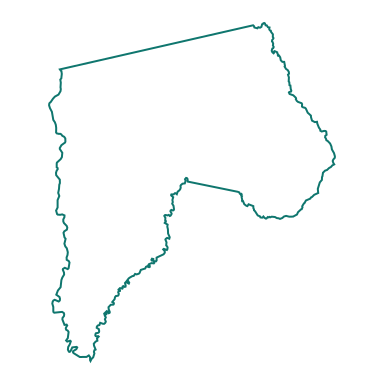 the district of Formoso do Araguaia, Tocantins, Brazil
{"feature_id": "56859067B90509409067575", "entity_name": "Formoso do Araguaia", "entity_type": "district", "adm_level": 2, "iso_a3": "BRA", "parent_name": "Brazil", "parent_adm1": "Tocantins", "projection": "natural_earth1", "projection_center": [-50.052, -12.12], "detail": "fine", "context": "isolated", "style": "outline", "palette": "teal", "viewbox_px": 384, "rotation_deg": 0, "n_neighbors": 0, "source": "geoboundaries", "source_scale": "gbopen_adm2", "svg_char_len": 5874}
<svg xmlns="http://www.w3.org/2000/svg" viewBox="0 0 384 384"><path d="M307.7,112.7L305.8,108.5L304.8,107.7L303.2,107.4L302.0,106.6L302.1,104.1L301.6,103.2L298.0,101.9L296.8,100.9L295.8,99.2L296.1,98.5L295.8,97.7L293.3,95.3L289.6,94.0L288.9,92.5L289.3,92.0L291.1,91.5L291.3,90.6L290.7,88.8L290.4,85.5L289.5,85.2L289.3,82.2L288.7,81.5L288.9,77.3L288.0,74.7L289.0,73.7L288.8,71.9L287.8,70.2L286.0,68.9L284.6,66.6L285.0,66.0L284.2,61.9L282.4,61.9L280.8,60.3L280.2,57.3L279.3,55.9L278.2,55.9L277.9,55.3L278.3,54.7L277.4,53.6L277.2,52.3L274.6,51.1L274.1,51.4L274.0,52.8L273.6,53.3L272.4,52.3L271.7,50.8L272.1,49.1L272.5,48.4L273.2,48.2L273.7,47.0L272.9,45.4L273.2,43.8L272.6,42.0L272.0,41.5L272.1,40.2L273.4,38.5L273.3,37.6L272.8,37.0L272.9,34.3L271.1,32.0L270.8,30.7L270.0,30.5L269.5,29.8L269.2,29.1L269.5,27.5L267.9,27.2L266.7,25.3L265.6,25.3L264.9,23.4L264.2,23.0L263.3,23.3L262.8,24.1L262.1,24.3L261.4,26.9L260.0,27.7L258.3,27.2L257.4,28.3L254.4,27.5L253.9,26.0L253.1,25.3L59.9,69.4L60.8,70.7L61.4,71.0L61.8,73.9L61.3,78.4L60.3,79.6L60.8,82.7L60.5,87.3L60.8,89.1L60.5,91.2L58.5,94.6L54.9,96.6L53.0,98.7L50.6,102.2L49.7,102.8L49.2,103.9L49.1,105.4L50.0,108.2L51.9,111.8L53.3,119.9L54.9,122.3L55.8,124.8L56.2,127.9L56.1,132.5L56.8,133.4L59.0,133.9L60.2,133.8L61.3,134.4L62.3,135.8L64.2,136.8L65.3,138.4L65.4,141.5L65.1,142.5L61.4,145.2L59.8,148.0L59.8,149.0L62.3,152.8L61.9,157.1L60.7,159.1L56.9,162.6L56.7,163.7L56.7,167.3L57.6,168.0L57.7,169.2L56.7,170.6L56.0,172.8L56.2,175.2L59.8,179.6L59.9,183.1L59.3,184.7L59.0,188.9L58.2,192.9L59.3,196.0L57.6,200.1L57.6,207.5L56.1,210.6L57.1,214.1L57.7,214.6L60.1,214.8L62.2,214.4L64.5,215.4L64.4,217.2L63.3,219.4L63.3,221.5L64.0,223.1L66.7,225.9L67.3,227.6L66.9,229.6L64.3,231.3L63.5,232.8L64.5,237.4L65.6,238.8L64.4,243.7L65.3,246.4L66.8,248.3L67.8,252.2L67.5,255.0L66.6,257.4L66.7,259.8L68.7,261.0L69.5,262.5L68.6,268.2L67.7,269.1L64.8,267.8L63.0,268.9L62.8,269.7L64.0,272.6L64.1,274.6L62.3,277.6L61.4,280.0L60.6,287.2L57.9,290.5L56.3,294.7L59.5,297.0L60.0,298.9L59.8,300.5L58.7,301.5L54.7,299.8L53.4,300.5L52.7,301.6L52.3,303.6L53.3,307.0L53.3,311.3L53.6,312.3L54.3,312.7L62.1,311.9L63.8,313.0L64.2,314.2L64.0,316.0L62.5,318.0L62.4,319.5L64.5,324.9L66.6,324.6L67.2,325.5L65.9,327.7L65.8,328.7L66.2,329.8L67.7,330.6L68.6,332.0L67.8,338.1L66.1,340.5L67.2,341.6L70.1,340.7L70.8,341.3L69.7,344.5L68.2,347.0L67.9,349.7L68.9,351.7L69.7,351.9L70.6,351.0L72.3,347.4L76.6,346.9L77.2,347.4L76.3,349.2L73.1,351.2L73.0,352.2L73.5,353.1L79.8,357.0L86.6,356.9L88.8,355.4L90.1,357.2L90.1,360.2L90.5,361.0L91.5,359.0L93.2,357.3L94.4,353.4L93.9,351.9L94.4,350.2L95.6,349.6L94.0,345.6L93.8,343.7L95.6,341.6L97.4,340.7L97.0,338.4L98.7,336.6L98.1,336.1L96.8,336.4L95.7,336.1L95.3,335.3L95.5,334.0L96.0,333.2L98.0,332.9L98.9,332.3L99.2,331.1L98.8,329.1L96.7,327.8L96.9,326.5L98.0,325.4L99.4,325.1L100.2,322.8L103.0,323.8L104.2,323.8L105.2,322.9L105.8,321.7L104.9,319.2L105.8,317.4L104.9,315.4L105.2,314.8L106.4,314.2L106.6,313.4L105.7,312.8L104.5,314.6L104.2,313.6L106.8,311.1L107.7,311.6L108.7,313.2L109.5,312.9L109.8,312.1L108.7,309.2L108.5,307.2L110.7,304.8L113.4,304.6L113.9,303.8L113.8,303.0L112.3,302.0L114.6,299.2L115.0,297.2L115.8,296.1L118.0,295.7L118.6,294.9L118.8,293.7L118.2,292.5L118.5,291.2L119.9,291.0L120.0,290.3L118.7,289.4L120.0,288.1L122.4,288.6L122.7,288.0L122.4,287.2L122.7,286.4L123.4,286.1L124.5,286.9L125.5,286.7L125.7,285.8L125.0,283.0L125.9,282.0L128.8,283.6L129.2,282.7L128.0,280.7L127.1,280.5L128.7,278.4L130.1,277.4L132.4,276.1L133.7,275.9L135.1,273.9L136.6,274.4L138.8,273.7L139.6,272.9L140.8,269.9L145.2,268.5L146.0,266.8L146.8,266.4L149.1,267.2L149.8,266.8L149.7,265.8L148.2,265.4L148.9,264.2L151.6,263.1L153.8,263.4L154.3,262.8L153.9,261.2L156.0,261.3L156.6,260.5L156.6,257.6L163.6,254.3L164.8,252.7L164.7,251.1L163.2,249.4L163.8,248.9L166.9,250.0L167.3,249.4L167.6,247.6L167.2,246.5L166.2,245.4L166.5,242.3L165.4,239.6L165.7,238.9L167.1,237.9L169.3,238.7L169.7,237.2L168.1,233.6L167.9,229.2L167.3,226.7L167.6,224.6L164.7,222.9L165.0,222.3L165.7,221.9L165.9,221.1L165.2,220.4L165.4,217.9L164.3,215.9L164.8,215.2L165.6,215.0L167.6,215.4L168.8,214.9L169.8,216.0L170.5,215.7L171.4,214.4L171.6,213.5L170.4,211.2L170.7,210.4L171.5,209.9L172.9,210.5L173.6,210.2L174.0,209.3L173.5,205.8L172.2,203.7L172.8,202.1L172.4,200.0L173.2,197.2L171.4,195.7L171.1,195.1L171.4,194.4L173.6,194.4L174.9,193.2L175.6,193.2L176.8,194.2L177.7,191.6L179.2,190.5L180.2,189.2L180.7,187.7L180.5,185.8L181.0,185.0L182.5,183.7L184.8,183.4L185.6,180.8L185.0,179.2L186.1,177.9L186.9,178.1L187.5,178.9L187.8,181.6L237.8,191.8L239.3,192.4L239.8,193.7L240.5,194.1L241.2,193.8L241.7,194.3L241.2,195.6L242.0,196.2L241.6,197.1L242.2,199.7L242.0,200.6L242.2,201.2L243.0,201.1L244.3,204.2L246.4,205.8L247.4,206.1L248.6,204.3L253.3,206.1L253.4,208.2L254.0,209.4L254.0,210.2L255.1,211.3L257.7,215.4L260.0,216.4L260.4,217.4L261.3,217.6L262.5,217.6L263.4,216.5L264.5,217.8L265.8,218.6L266.5,218.5L267.8,217.0L268.7,217.4L269.4,216.9L270.2,217.3L271.7,216.7L274.9,217.0L276.9,218.1L278.7,218.3L280.0,218.9L282.3,218.0L284.0,216.5L286.1,215.9L289.3,216.7L293.1,216.6L297.0,214.5L298.0,212.2L301.1,209.3L301.7,209.2L302.5,207.3L302.2,206.3L302.5,205.7L304.0,203.3L304.5,203.1L305.9,200.5L310.3,198.6L310.8,197.6L312.1,196.9L314.2,194.8L318.2,193.0L317.8,188.9L319.8,182.4L321.9,179.9L322.0,177.1L322.4,176.4L323.0,172.7L325.1,170.6L327.0,170.0L329.1,168.0L330.9,167.0L332.3,165.4L334.2,164.4L333.3,162.9L332.7,161.0L333.3,159.5L334.8,157.8L334.9,156.3L334.0,153.1L331.9,149.4L331.4,146.4L330.1,143.5L327.6,140.9L326.4,140.3L325.9,138.5L325.1,137.4L325.3,135.8L326.6,134.8L326.2,131.5L325.5,131.0L324.2,130.9L321.7,131.5L320.3,130.7L320.3,129.6L318.9,127.6L317.3,123.6L317.0,121.8L314.8,122.1L312.0,120.6L311.0,117.2L310.9,115.6L307.7,112.7ZM153.3,260.8L151.9,260.6L151.4,259.9L152.0,258.7L153.3,259.0L153.3,260.8Z" fill="none" stroke="#0f766e" stroke-width="2"/></svg>